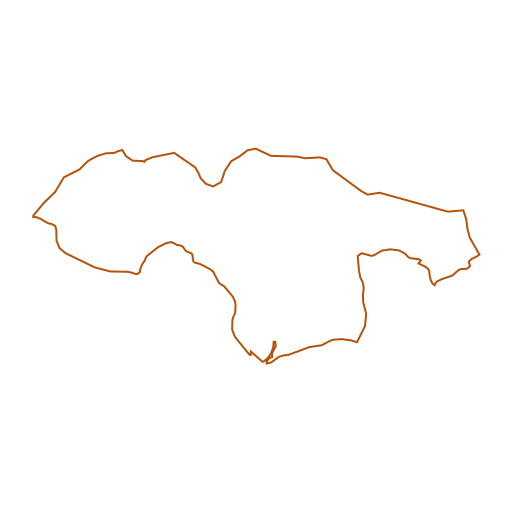 outline of Samsun, rotated 181°
{"feature_id": "TUR-2296", "entity_name": "Samsun", "entity_type": "Province", "adm_level": 1, "iso_a3": "TUR", "parent_name": "Turkey", "parent_adm1": "", "projection": "robinson", "projection_center": [35.998, 41.292], "detail": "fine", "context": "isolated", "style": "outline", "palette": "amber", "viewbox_px": 512, "rotation_deg": 181, "n_neighbors": 0, "source": "natural_earth", "source_scale": "10m", "svg_char_len": 2214}
<svg xmlns="http://www.w3.org/2000/svg" viewBox="0 0 512 512"><g transform="rotate(181 256 256)"><path d="M153.6,171.6L159.5,173.3L168.6,174.4L177.1,173.7L181.3,172.1L188.7,167.9L200.9,165.9L221.7,157.8L226.4,157.1L231.1,155.7L239.2,149.7L243.5,148.7L243.5,150.4L242.6,151.9L241.5,153.3L240.0,154.6L238.0,155.3L238.3,159.0L234.6,166.5L235.3,170.5L236.8,170.5L237.2,164.7L239.1,159.4L241.7,155.1L244.6,152.2L246.7,150.6L247.6,150.3L259.5,160.4L259.5,157.1L260.8,157.1L275.7,174.9L278.5,181.8L278.5,191.7L277.8,194.1L276.1,198.1L275.8,199.2L275.6,207.1L276.4,210.8L278.5,215.0L287.3,225.1L292.4,228.3L298.7,239.8L302.0,242.2L311.9,247.1L317.5,248.4L318.5,249.6L319.1,251.4L319.2,253.9L319.8,256.7L321.5,258.0L323.7,258.6L325.9,259.6L327.0,260.7L329.0,263.6L330.0,264.5L331.9,265.2L335.6,265.7L337.4,267.0L341.0,268.4L346.0,267.3L354.2,263.0L364.6,254.5L366.3,252.3L366.9,249.9L369.7,245.5L370.3,244.0L370.7,243.5L372.0,238.4L371.7,238.0L374.3,235.9L377.0,236.1L380.2,237.3L384.5,238.0L401.5,238.0L417.0,241.8L446.3,255.4L452.4,260.2L455.7,267.8L456.1,278.5L457.3,282.6L460.6,284.3L464.7,285.2L472.3,289.5L476.2,291.0L479.4,291.0L479.4,292.4L469.0,305.5L458.0,316.4L449.5,331.3L433.9,339.5L426.1,347.6L423.2,349.6L415.8,353.5L408.0,356.0L399.5,356.6L395.7,358.4L391.5,359.6L387.9,353.8L381.1,349.2L370.6,348.9L369.4,348.1L368.0,350.0L361.3,352.9L339.6,357.7L318.3,343.5L315.2,338.4L312.7,332.8L307.2,327.2L300.0,324.8L292.1,329.4L288.7,340.4L282.6,350.2L273.6,355.7L266.5,361.5L258.2,363.3L242.7,356.4L216.6,356.1L209.0,354.6L193.9,355.7L187.3,354.0L180.6,343.1L152.0,322.8L145.5,319.3L133.4,321.4L72.1,305.5L64.7,303.7L49.5,305.3L46.4,296.3L45.1,287.1L42.6,278.1L32.6,261.3L35.7,259.1L40.2,256.9L43.2,254.1L41.8,249.7L43.6,247.8L45.6,246.8L50.6,246.6L53.0,245.6L59.5,239.8L69.9,236.1L75.0,233.4L77.1,229.9L79.3,231.9L81.0,235.4L82.1,239.8L82.5,244.0L83.8,246.3L86.8,248.4L93.3,251.4L91.2,254.3L93.0,255.6L102.0,256.6L103.6,257.5L107.0,261.0L113.1,264.1L121.7,265.0L130.2,263.6L136.2,259.9L136.3,259.6L140.3,258.1L150.4,260.6L154.3,257.8L152.8,243.3L151.3,236.3L148.7,231.3L147.7,225.8L148.4,218.7L148.0,211.7L144.8,200.1L145.8,187.8L153.5,171.6L153.6,171.6Z" fill="none" stroke="#b45309" stroke-width="2"/></g></svg>